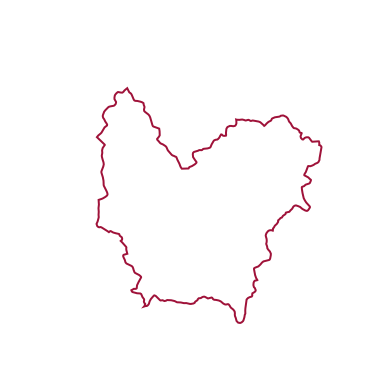 Tra Bong, Quảng Ngãi, Vietnam (Natural Earth projection), rotated 129°
{"feature_id": "81297802B78342510004852", "entity_name": "Tra Bong", "entity_type": "district", "adm_level": 2, "iso_a3": "VNM", "parent_name": "Vietnam", "parent_adm1": "Quảng Ngãi", "projection": "natural_earth1", "projection_center": [108.495, 15.224], "detail": "fine", "context": "isolated", "style": "outline", "palette": "rose", "viewbox_px": 384, "rotation_deg": 129, "n_neighbors": 0, "source": "geoboundaries", "source_scale": "gbopen_adm2", "svg_char_len": 6022}
<svg xmlns="http://www.w3.org/2000/svg" viewBox="0 0 384 384"><g transform="rotate(129 192 192)"><path d="M75.0,121.6L75.5,122.6L73.6,124.1L72.8,125.3L73.0,125.6L77.3,130.2L77.2,131.2L76.2,135.1L76.3,136.0L77.2,137.2L78.0,137.9L79.2,138.5L81.1,138.6L81.4,138.8L81.7,139.5L81.4,141.4L80.5,142.6L79.9,142.9L77.4,143.7L77.2,144.0L77.9,145.4L77.9,145.9L76.9,147.4L76.8,148.5L77.0,150.5L77.2,151.2L78.2,153.0L78.2,153.8L77.7,155.8L76.8,157.8L76.4,159.1L76.3,160.3L75.9,161.4L74.9,163.0L74.4,164.6L74.3,166.1L75.0,169.0L75.4,169.6L76.9,171.0L77.8,171.2L78.4,171.5L81.8,174.6L84.3,175.9L84.8,176.0L86.4,175.6L87.0,175.6L89.4,176.7L91.8,177.1L94.2,177.2L95.2,177.5L95.0,178.6L94.8,182.8L95.3,184.5L98.2,189.8L99.7,190.9L99.9,191.3L100.2,193.0L100.3,193.4L100.9,194.0L102.2,194.9L102.8,195.5L103.3,197.0L104.1,198.6L106.2,200.7L107.6,202.6L107.9,203.3L108.7,202.4L110.7,200.7L111.7,200.3L112.9,200.1L113.7,200.3L114.9,201.3L115.9,203.0L116.9,204.2L119.1,205.3L120.4,205.2L121.3,205.0L124.7,202.8L126.3,201.3L126.9,201.1L128.1,202.3L128.6,203.1L128.7,203.5L128.6,205.1L129.0,205.6L130.8,205.4L132.4,205.0L134.5,205.1L135.4,205.4L136.4,206.4L137.4,207.0L138.1,207.3L138.9,207.3L142.7,206.7L145.3,205.9L146.0,205.9L147.0,206.4L148.4,207.4L151.1,210.1L151.6,210.4L153.0,210.6L153.5,210.9L154.4,212.2L155.0,212.8L156.0,213.2L159.5,215.6L160.4,215.8L160.9,215.8L162.1,215.2L164.2,213.1L165.3,209.7L165.8,207.6L166.1,207.2L166.4,207.0L167.0,207.0L168.6,207.2L171.8,208.3L174.3,209.7L175.9,209.5L180.3,214.6L180.0,215.6L179.6,216.8L177.9,219.7L176.1,223.7L174.8,226.0L174.8,226.8L175.1,227.5L175.3,228.6L175.8,230.1L175.9,231.1L174.9,236.6L174.6,237.5L173.3,239.9L173.0,241.3L173.3,244.5L174.0,247.0L173.9,248.1L173.6,249.4L173.2,252.0L172.7,252.5L169.6,252.5L168.2,252.8L165.1,255.5L163.4,257.4L165.4,263.2L165.4,263.9L164.9,264.9L160.3,271.5L159.5,273.2L159.2,274.7L159.3,278.9L159.1,280.2L158.0,281.3L156.1,282.2L155.5,282.8L154.7,284.3L153.5,285.6L153.5,285.9L153.6,287.0L154.2,288.8L155.6,291.7L156.8,293.4L157.1,294.3L156.9,295.3L154.5,299.8L154.0,301.0L153.9,301.9L154.0,303.5L152.1,307.7L154.7,308.2L155.8,308.4L157.0,308.3L158.5,308.6L159.4,309.7L160.8,312.3L161.2,312.6L163.1,312.9L164.7,312.9L165.6,312.7L167.4,311.7L168.6,310.7L169.8,307.7L170.3,307.3L171.7,306.7L173.6,306.8L174.5,307.3L176.8,309.3L177.9,310.1L178.7,310.4L182.7,310.8L184.8,310.8L187.5,309.9L188.6,309.5L189.5,308.8L190.3,307.6L190.7,306.1L191.8,303.8L192.5,301.5L193.0,300.4L193.8,299.9L196.8,300.6L202.8,299.7L204.1,299.8L207.0,300.4L209.2,300.4L210.1,289.8L210.3,289.4L214.0,289.1L216.2,288.1L218.1,286.3L220.5,285.0L221.4,284.1L223.1,281.8L224.6,279.5L226.0,278.0L228.0,277.0L232.6,275.5L233.4,275.1L234.0,274.5L236.7,270.5L239.0,267.8L242.2,265.0L242.7,264.3L244.7,259.8L245.8,257.6L246.8,256.3L247.3,256.0L248.2,255.8L250.2,256.2L252.9,257.2L254.1,257.8L256.9,259.6L260.4,256.4L263.4,254.5L266.1,252.0L268.5,250.3L270.3,248.6L271.8,247.9L274.3,246.8L276.9,246.1L278.1,244.2L278.2,243.3L278.0,242.3L277.8,241.9L276.7,240.9L276.4,239.7L275.6,233.0L275.5,231.3L273.8,230.9L273.5,230.4L273.1,227.8L272.0,225.2L270.6,222.4L270.6,221.9L271.4,220.7L271.4,218.0L272.3,216.8L273.2,216.3L274.9,216.6L275.1,214.6L276.1,208.6L276.4,208.1L277.6,207.3L278.4,206.5L280.7,203.4L283.7,205.5L284.3,205.6L285.0,205.3L285.4,204.8L286.0,203.8L287.0,201.6L288.6,199.3L288.8,197.9L287.5,192.3L287.6,191.1L288.3,189.7L289.2,188.5L290.5,186.3L290.7,185.4L290.6,184.8L289.8,180.9L289.8,179.2L290.0,178.2L290.4,177.8L295.8,176.8L299.1,176.0L301.6,174.4L302.0,174.4L302.7,174.8L303.8,176.2L306.5,177.3L307.1,176.2L307.2,175.3L305.3,171.0L303.4,168.3L303.3,167.2L304.8,164.4L305.4,162.0L305.9,161.3L307.5,160.4L307.8,160.0L308.3,158.8L308.4,158.0L308.5,157.8L309.1,157.8L309.9,157.2L311.2,157.2L310.1,156.5L309.0,155.4L308.3,155.1L306.9,155.0L305.8,155.2L303.7,156.1L301.1,156.6L297.4,156.5L296.1,156.3L295.8,155.6L295.6,154.7L296.2,148.8L296.1,148.2L294.6,146.7L294.2,145.1L294.0,144.7L293.0,143.9L291.6,143.3L289.2,140.0L287.7,136.9L287.1,134.2L284.9,131.2L283.5,128.4L281.9,126.5L280.3,123.2L279.7,122.4L277.7,120.7L276.5,120.2L275.9,120.4L275.0,120.4L272.7,119.7L271.7,120.0L270.4,119.9L268.9,118.4L267.1,117.8L266.3,117.3L265.6,116.6L265.3,115.8L264.7,112.6L261.7,110.4L261.5,109.7L262.0,108.1L261.9,107.4L261.7,106.8L260.8,105.5L259.5,103.0L259.1,101.6L258.9,100.6L259.0,97.5L258.8,96.4L258.6,95.6L258.1,94.8L256.5,93.5L256.3,92.5L256.6,91.3L257.3,89.5L257.4,89.0L257.4,85.9L258.0,83.7L259.2,82.4L260.3,81.6L261.3,80.6L262.3,78.8L264.2,76.2L264.5,74.0L264.0,73.0L263.4,72.1L262.1,71.4L260.3,71.1L259.5,71.2L256.5,72.4L254.2,73.7L253.0,74.0L250.5,76.1L248.8,77.3L241.2,81.9L239.3,81.8L237.6,81.1L235.7,79.8L234.7,79.9L233.8,80.7L232.8,81.3L230.3,80.4L229.2,80.3L228.2,80.7L227.1,82.7L226.9,84.1L225.7,85.7L223.8,87.0L222.6,87.4L221.5,87.4L219.6,85.9L219.3,85.8L218.5,88.0L216.9,90.6L213.0,95.2L212.3,95.7L211.0,95.3L208.1,93.6L205.3,93.2L202.9,93.2L201.0,92.8L196.3,89.3L195.5,89.1L194.3,89.5L191.5,91.0L190.3,91.9L189.2,94.1L188.9,96.1L188.4,97.9L187.1,99.3L185.6,101.7L184.1,102.4L182.9,103.2L181.6,104.4L179.9,106.8L179.2,107.5L177.3,108.2L174.8,108.3L173.7,108.0L173.0,107.6L172.1,106.7L171.6,106.0L171.2,104.9L170.4,105.3L169.9,105.8L169.3,106.1L168.3,106.0L166.0,106.4L163.5,106.0L161.3,106.2L160.9,106.3L160.4,106.9L159.7,107.2L158.4,106.9L156.5,106.8L155.3,106.1L153.2,106.3L150.6,105.5L149.9,105.6L149.2,106.0L148.8,106.0L146.1,103.9L144.3,103.9L142.0,103.6L139.6,104.0L138.2,103.7L137.0,102.8L136.2,100.7L135.6,98.6L135.7,95.6L135.1,92.3L134.5,91.0L134.1,90.6L133.1,90.3L130.6,90.5L129.5,90.8L129.1,91.4L128.3,96.6L127.5,99.0L126.5,101.3L123.3,105.4L120.8,108.2L119.3,109.6L118.8,109.7L118.4,109.5L116.9,108.6L114.8,108.3L111.7,106.3L110.7,106.1L108.3,106.8L107.7,107.3L107.7,109.0L107.5,110.9L108.3,115.1L108.2,115.4L107.9,115.6L106.9,115.9L104.9,116.1L99.2,118.0L98.7,118.0L97.4,116.2L95.6,115.1L94.0,114.4L92.7,114.1L90.3,112.8L88.9,112.6L88.2,112.8L86.9,113.1L85.5,114.1L75.8,119.5L75.3,120.1L75.0,121.6Z" fill="none" stroke="#9f1239" stroke-width="2"/></g></svg>